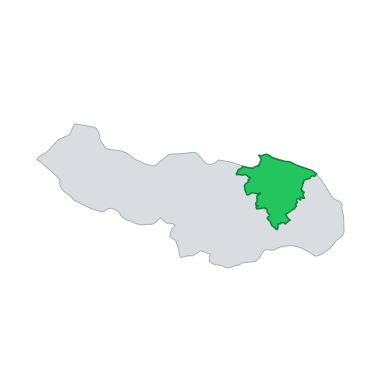 location of Nitriansky within Slovakia, rotated 202°
{"feature_id": "SVK-1054", "entity_name": "Nitriansky", "entity_type": "Region", "adm_level": 1, "iso_a3": "SVK", "parent_name": "Slovakia", "parent_adm1": "", "projection": "natural_earth1", "projection_center": [18.337, 48.233], "detail": "fine", "context": "in_parent", "style": "filled", "palette": "green", "viewbox_px": 384, "rotation_deg": 202, "n_neighbors": 0, "source": "natural_earth", "source_scale": "10m", "svg_char_len": 6693}
<svg xmlns="http://www.w3.org/2000/svg" viewBox="0 0 384 384"><g transform="rotate(202 192 192)"><path d="M348.0,163.9L347.3,166.8L345.1,170.2L342.3,173.7L340.1,177.9L337.1,186.9L335.1,191.0L326.9,199.3L326.5,210.7L325.4,211.6L306.4,215.5L303.9,214.9L301.3,212.6L299.8,211.0L298.9,209.8L297.2,206.6L295.0,204.4L291.8,202.5L288.8,200.4L285.0,200.3L274.8,203.3L267.7,203.7L262.9,202.7L256.6,200.9L244.3,200.6L235.9,202.2L235.1,204.4L227.4,218.5L216.1,223.6L206.3,228.9L203.5,230.0L198.6,228.3L193.0,225.2L188.4,223.6L185.0,224.3L181.3,227.8L179.7,231.5L168.5,234.1L149.1,235.7L142.4,239.2L140.1,243.5L140.0,246.8L141.6,249.6L139.6,252.9L138.7,254.2L125.0,255.0L106.7,255.9L95.7,255.7L85.4,255.4L78.4,252.6L69.9,247.2L60.9,239.9L60.0,239.7L58.7,238.9L53.0,238.4L51.5,238.8L48.1,236.5L47.1,233.4L41.9,225.3L36.1,212.0L36.0,208.2L38.3,203.8L40.5,200.5L40.8,197.9L41.0,197.1L42.8,191.7L47.2,184.4L51.2,180.1L54.1,178.7L60.0,180.0L70.3,181.1L78.1,180.1L85.4,176.8L89.4,174.0L92.8,171.0L94.0,169.1L95.5,168.2L101.5,166.4L103.5,164.4L104.3,160.6L104.8,156.4L106.0,153.3L107.6,151.0L118.8,145.4L119.8,143.5L121.6,141.6L124.9,139.5L128.1,136.4L131.5,134.6L135.8,134.8L139.9,134.4L143.0,133.3L144.4,133.2L150.2,134.1L151.2,137.6L151.9,141.2L161.8,141.0L167.3,133.2L170.1,132.2L174.7,129.5L177.7,127.1L179.8,128.6L182.9,133.6L186.1,137.7L187.9,139.3L188.1,140.5L190.0,141.2L193.6,141.7L196.0,142.9L196.8,146.7L196.9,150.1L195.7,152.5L195.2,154.7L197.7,155.5L201.3,154.7L203.9,153.5L211.7,156.3L214.4,150.0L217.4,146.8L221.4,145.3L225.0,143.4L228.3,142.0L230.6,142.1L231.6,141.5L234.4,141.7L237.7,142.3L242.2,141.5L248.4,143.1L252.3,146.0L256.1,146.9L260.4,146.8L263.3,145.2L267.6,139.7L270.7,139.8L275.5,138.9L282.4,139.0L298.3,140.1L302.3,142.2L312.1,144.9L316.4,148.0L318.4,151.7L319.4,154.3L329.5,158.2L344.4,163.3L348.0,163.9Z" fill="#d9dde1" stroke="#a8b0b8" stroke-width="1"/><path d="M154.9,234.6L153.7,234.6L152.9,234.9L150.2,235.4L145.0,236.4L144.0,237.1L142.5,239.7L142.0,240.1L140.9,240.3L140.4,240.5L139.7,241.3L139.8,241.6L140.2,241.8L140.3,242.6L139.8,245.6L139.7,247.0L140.0,248.4L141.6,249.7L143.8,251.0L143.7,251.1L142.3,251.5L141.1,251.8L140.1,252.4L138.3,254.2L136.9,254.9L135.3,255.0L133.7,254.8L131.7,254.0L129.2,253.8L117.8,255.0L113.7,256.4L111.7,256.6L104.8,256.0L92.2,256.7L89.0,256.9L84.3,255.8L83.1,255.2L83.5,254.8L83.7,254.3L84.1,252.6L84.2,252.4L84.4,252.3L84.5,252.3L84.8,252.4L85.0,252.4L85.2,252.5L85.5,252.4L86.0,252.2L87.0,251.5L87.4,251.2L87.7,250.9L87.7,249.4L87.9,248.9L88.1,248.6L88.4,248.3L88.5,248.2L88.8,248.1L89.0,248.0L89.4,247.8L90.1,247.0L91.4,246.0L92.3,245.5L92.7,245.2L92.7,244.9L92.6,244.6L92.2,244.1L92.3,243.2L92.5,242.8L92.5,242.5L92.5,242.2L92.4,242.0L92.0,241.7L92.1,239.9L91.7,237.4L92.0,235.9L92.0,235.5L91.9,235.3L91.7,235.2L91.4,235.1L91.0,235.0L90.7,235.0L90.5,234.9L90.2,234.8L90.2,234.7L90.4,233.9L90.3,233.7L90.1,233.6L89.8,233.6L88.9,233.9L88.6,233.9L88.3,233.8L88.0,233.6L87.8,233.4L87.8,233.2L87.9,232.9L88.3,231.9L88.4,231.4L88.1,230.9L85.6,228.6L85.6,228.3L85.8,228.1L86.7,227.8L87.0,227.8L87.6,228.0L88.0,228.2L88.3,228.2L88.5,228.2L88.8,228.0L88.9,227.9L89.0,227.5L89.0,227.1L88.9,226.7L88.4,226.0L88.2,225.6L88.2,225.4L88.6,225.3L88.8,225.1L89.1,225.2L89.9,226.0L90.0,226.1L90.7,225.6L91.6,225.2L91.9,225.0L92.0,224.7L92.2,224.2L92.2,223.8L92.1,223.6L91.9,223.3L91.4,222.8L91.2,222.7L90.8,222.4L90.6,221.8L90.5,221.6L90.6,221.4L90.8,221.2L90.9,220.8L90.8,220.6L90.8,220.4L90.9,220.2L91.1,219.9L91.5,219.4L90.1,218.3L90.0,218.1L89.9,217.9L90.1,217.8L90.2,217.7L90.3,217.5L90.5,216.3L90.5,216.0L90.6,215.7L90.9,214.5L91.8,213.7L95.7,207.7L96.9,206.6L94.5,204.5L93.3,203.6L93.1,203.6L92.9,203.5L90.5,202.5L91.4,201.6L91.5,201.4L93.2,197.7L93.5,197.4L93.8,197.4L94.5,197.8L94.9,197.9L95.3,197.8L97.9,196.9L98.2,196.8L98.3,196.6L98.2,196.5L98.2,196.4L98.0,195.9L99.1,194.9L99.5,194.8L99.8,195.0L100.0,194.9L100.0,194.7L100.2,194.3L100.2,194.0L100.1,193.6L100.0,193.1L99.9,193.0L99.9,192.9L99.7,192.7L99.3,192.2L99.3,191.9L99.2,191.8L99.2,191.7L99.0,191.4L99.0,190.9L99.0,190.6L99.0,190.3L98.8,189.9L98.8,189.6L99.2,189.2L99.5,188.9L100.7,189.0L100.9,189.0L101.0,189.1L101.0,189.3L101.0,189.5L101.1,189.8L105.1,190.6L105.5,190.8L106.7,191.9L107.0,192.2L107.6,193.2L108.1,193.7L110.5,194.9L111.4,195.1L112.0,195.6L112.5,196.2L112.5,196.6L112.2,197.3L111.7,197.9L111.3,198.6L111.2,199.1L111.4,199.4L111.5,199.5L111.7,200.0L111.8,200.1L112.1,200.2L112.7,200.2L112.9,200.2L113.1,200.4L113.4,200.7L114.5,201.3L114.8,201.5L115.3,202.5L115.9,204.1L117.3,204.5L117.6,204.5L117.8,204.2L117.9,203.9L118.0,203.9L118.5,204.4L118.9,204.7L119.0,204.6L119.1,204.4L120.0,203.9L121.8,202.6L125.7,200.6L126.5,201.7L126.9,201.9L127.0,202.1L126.8,202.3L126.0,203.1L125.7,203.7L125.6,203.9L125.7,204.0L127.1,203.8L127.6,203.8L128.0,203.9L128.2,204.1L128.3,204.4L128.3,204.8L128.3,205.1L128.2,205.5L128.3,205.8L128.6,205.9L128.7,206.0L128.1,206.6L128.0,206.8L127.9,207.3L128.1,207.7L128.6,208.4L128.7,208.8L128.7,209.2L128.6,209.6L128.7,209.8L128.8,209.9L129.0,209.9L129.2,210.0L129.5,210.3L129.9,211.0L130.2,211.9L130.2,212.5L130.2,212.9L130.1,213.3L129.9,213.7L129.7,214.0L129.1,214.4L129.0,214.5L128.9,214.9L128.8,215.1L128.7,215.2L128.2,215.6L128.0,216.0L128.5,216.7L128.8,216.8L128.9,216.5L129.1,216.3L129.5,216.0L129.6,215.9L130.0,215.4L130.4,215.0L131.1,214.8L134.6,214.3L136.3,213.9L136.5,213.7L136.5,213.3L136.6,213.1L136.8,212.8L136.9,212.7L137.0,212.5L137.0,212.3L137.1,212.2L137.4,211.9L137.6,211.6L137.8,211.4L138.6,210.8L139.1,210.2L139.4,210.1L139.6,210.0L140.3,210.1L141.9,212.1L143.3,213.1L143.6,213.5L145.8,217.7L145.4,219.7L145.2,219.9L145.1,220.3L144.4,220.8L143.8,221.6L143.6,221.9L143.5,222.2L144.0,222.6L144.0,222.8L143.8,223.0L143.7,223.2L143.8,223.4L144.3,224.1L144.5,224.6L144.5,224.8L144.4,224.9L144.2,225.0L143.9,225.3L143.6,225.5L143.3,225.9L143.2,226.2L143.2,226.6L143.3,227.0L143.4,227.3L143.6,227.5L143.8,227.6L144.0,227.6L144.2,227.3L144.3,227.1L144.5,227.0L144.7,226.9L144.9,226.9L145.2,226.9L145.5,227.0L146.8,227.8L147.0,227.9L147.3,228.0L147.7,227.9L147.9,227.9L148.3,228.1L148.6,228.1L148.9,228.1L149.4,227.9L149.7,227.9L150.0,227.9L150.2,227.7L150.3,227.5L150.5,227.2L150.8,226.9L151.2,226.8L151.4,226.7L151.6,226.6L152.1,226.4L152.5,226.4L153.5,226.0L154.4,225.8L154.6,225.7L154.8,225.7L155.1,225.7L155.3,225.7L155.6,225.7L155.8,225.6L156.1,225.4L157.0,224.7L157.8,225.4L157.8,225.5L157.9,225.8L157.9,226.0L157.8,226.3L157.6,226.6L157.5,226.8L157.4,227.1L157.2,227.6L157.2,228.0L157.6,229.3L157.5,229.8L157.3,230.3L156.9,230.7L156.6,231.0L156.4,231.2L156.1,231.4L155.9,231.5L155.7,231.7L155.6,232.1L154.9,232.9L154.8,233.1L154.9,234.0L154.9,234.6L154.9,234.6Z" fill="#22c55e" stroke="#15803d" stroke-width="1.5"/></g></svg>